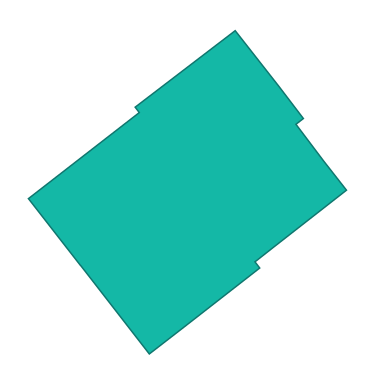 Webster, Missouri, United States of America, rotated 231°
{"feature_id": "52423323B1657804385540", "entity_name": "Webster", "entity_type": "district", "adm_level": 2, "iso_a3": "USA", "parent_name": "United States of America", "parent_adm1": "Missouri", "projection": "mercator", "projection_center": [-92.915, 37.277], "detail": "fine", "context": "isolated", "style": "filled", "palette": "teal", "viewbox_px": 384, "rotation_deg": 231, "n_neighbors": 0, "source": "geoboundaries", "source_scale": "gbopen_adm2", "svg_char_len": 364}
<svg xmlns="http://www.w3.org/2000/svg" viewBox="0 0 384 384"><g transform="rotate(231 192 192)"><path d="M96.2,313.2L132.8,313.8L179.2,315.4L179.0,324.8L219.2,326.0L290.2,327.1L293.7,201.2L286.9,201.0L289.8,60.7L205.2,59.1L204.5,59.2L93.0,56.9L92.0,103.6L90.3,196.8L98.1,197.0L97.8,219.3L96.2,313.2Z" fill="#14b8a6" stroke="#0f766e" stroke-width="1.5"/></g></svg>